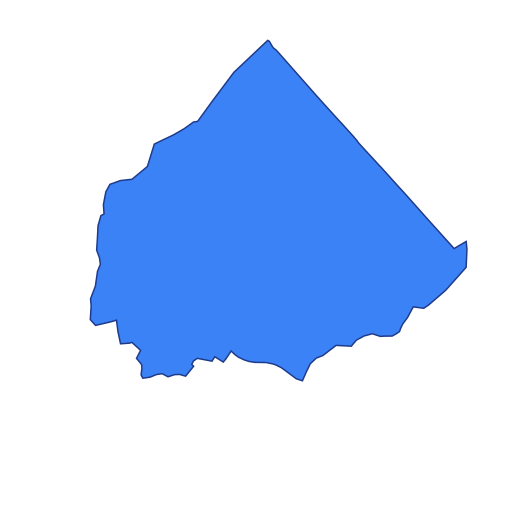 outline of Shagamu, Ogun, Nigeria, rotated 228°
{"feature_id": "59680162B49213136576829", "entity_name": "Shagamu", "entity_type": "district", "adm_level": 2, "iso_a3": "NGA", "parent_name": "Nigeria", "parent_adm1": "Ogun", "projection": "natural_earth1", "projection_center": [3.559, 6.792], "detail": "fine", "context": "isolated", "style": "filled", "palette": "blue", "viewbox_px": 512, "rotation_deg": 228, "n_neighbors": 0, "source": "geoboundaries", "source_scale": "gbopen_adm2", "svg_char_len": 1695}
<svg xmlns="http://www.w3.org/2000/svg" viewBox="0 0 512 512"><g transform="rotate(228 256 256)"><path d="M281.4,96.6L275.8,103.8L274.8,106.0L263.1,107.1L259.9,98.7L253.7,98.5L251.5,98.1L248.9,96.1L244.6,91.1L241.0,90.1L239.1,92.8L236.8,96.3L234.5,102.7L231.3,107.5L225.1,109.8L222.3,116.1L219.2,119.9L213.8,123.3L215.8,135.9L218.4,135.7L219.8,139.3L219.2,143.9L212.9,148.7L207.3,152.9L208.7,158.0L199.1,160.7L199.6,164.4L202.0,173.9L196.7,174.4L192.5,175.3L187.1,177.5L182.5,180.1L177.9,183.8L173.7,188.3L170.0,192.3L164.4,196.4L161.6,197.9L156.1,200.1L137.8,203.8L132.2,207.0L133.6,210.1L136.1,215.6L139.6,224.3L139.8,232.4L137.3,239.1L136.0,255.7L125.2,266.5L126.3,274.3L124.3,282.7L120.4,290.4L113.1,294.6L110.2,298.2L105.4,303.6L104.4,307.9L103.8,312.1L105.2,314.6L107.2,319.2L108.9,327.5L113.0,338.8L104.9,345.7L104.1,351.4L103.6,374.0L105.1,387.8L107.0,404.6L120.0,417.4L126.2,421.9L129.0,408.2L155.4,408.2L165.5,408.2L169.4,408.2L186.8,408.3L204.7,408.4L211.8,408.3L239.2,408.3L239.5,408.2L240.3,408.2L252.1,408.1L257.2,408.0L267.5,407.9L271.2,407.9L272.6,408.0L273.0,408.1L273.8,408.2L274.6,408.3L277.2,408.3L279.0,408.4L298.4,408.4L298.5,408.3L318.8,408.2L335.5,408.2L382.5,408.7L395.3,408.8L399.4,408.1L402.5,408.7L406.0,409.5L406.9,409.5L408.4,409.0L407.3,362.5L400.1,326.1L395.1,302.7L397.4,299.2L398.7,287.6L401.4,275.1L404.3,265.4L407.2,255.3L395.2,235.2L396.0,215.2L402.8,205.7L407.0,195.4L404.2,187.4L396.3,177.0L388.9,171.2L389.8,167.8L384.3,159.0L374.7,149.4L367.0,141.5L359.5,138.5L354.0,134.8L350.7,128.0L341.1,116.5L334.9,104.4L329.2,100.1L319.6,90.3L311.8,90.3L303.9,104.7L301.7,109.4L292.3,102.9L281.4,96.6Z" fill="#3b82f6" stroke="#1e3a8a" stroke-width="1.5"/></g></svg>